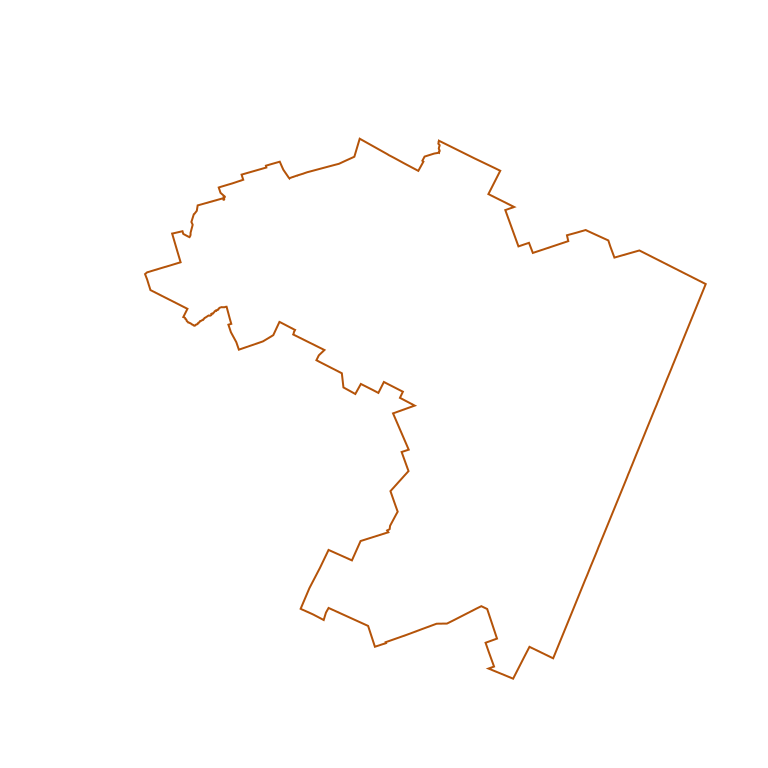 Boulia, Queensland, Australia (orthographic projection), rotated 203°
{"feature_id": "25037944B33105605540770", "entity_name": "Boulia", "entity_type": "district", "adm_level": 2, "iso_a3": "AUS", "parent_name": "Australia", "parent_adm1": "Queensland", "projection": "orthographic", "projection_center": [140.076, -22.279], "detail": "fine", "context": "isolated", "style": "outline", "palette": "amber", "viewbox_px": 768, "rotation_deg": 203, "n_neighbors": 0, "source": "geoboundaries", "source_scale": "gbopen_adm2", "svg_char_len": 5362}
<svg xmlns="http://www.w3.org/2000/svg" viewBox="0 0 768 768"><g transform="rotate(203 384 384)"><path d="M122.9,325.2L122.9,327.8L123.2,350.5L123.7,387.8L123.8,393.4L123.9,395.9L123.9,400.0L124.0,403.5L124.0,406.0L124.2,416.1L124.5,438.8L124.6,443.9L124.9,466.5L124.9,469.1L124.9,470.8L124.9,471.6L125.0,474.1L125.0,476.6L125.0,477.9L125.1,482.0L125.2,489.2L125.4,499.3L125.4,501.9L125.5,511.0L125.6,514.5L125.6,517.0L125.7,522.1L125.8,529.6L126.0,539.7L126.9,601.7L195.1,606.3L201.1,606.7L221.3,590.4L229.4,599.0L233.6,603.8L248.8,604.2L258.6,604.5L265.7,598.7L273.7,592.4L270.2,587.5L298.2,562.8L305.7,570.6L314.0,563.2L340.3,591.5L333.4,597.8L362.1,599.6L360.3,625.7L365.7,626.0L387.7,627.0L388.0,627.0L414.9,628.6L428.5,629.4L428.3,628.8L428.3,628.5L428.4,628.1L428.1,627.6L427.9,627.1L427.9,626.5L427.7,626.3L427.3,626.1L427.0,626.0L426.8,625.9L426.5,625.8L426.1,625.6L426.0,625.2L425.9,624.7L425.9,624.3L425.9,623.9L425.8,623.3L425.7,622.7L425.6,622.2L425.3,621.8L425.0,621.6L424.7,621.2L424.2,620.9L424.3,620.6L424.2,620.3L424.0,620.1L424.0,619.8L423.9,619.7L424.0,619.6L424.1,619.4L424.2,619.2L423.8,618.6L423.7,618.3L423.8,618.3L427.3,616.1L428.0,615.6L435.5,609.2L435.9,604.5L434.6,604.1L435.7,593.6L451.9,595.0L455.9,595.4L459.9,595.8L461.0,595.9L463.0,596.1L465.5,596.3L469.4,596.6L470.2,596.8L502.2,600.3L500.1,581.6L506.9,574.2L511.5,569.1L515.8,565.8L517.2,564.7L519.0,563.3L536.8,549.4L537.0,549.3L539.8,546.8L540.0,546.6L540.2,546.4L540.6,546.0L541.0,545.7L543.6,543.5L544.8,542.5L544.9,542.3L545.2,541.9L545.5,541.9L547.9,539.7L548.0,539.6L548.3,539.4L548.4,539.2L549.1,538.7L549.3,538.5L551.4,536.5L551.4,536.3L552.1,536.6L560.4,541.9L563.1,544.4L566.8,547.9L573.0,542.9L573.5,542.5L578.0,538.8L576.9,537.3L596.9,521.1L595.8,519.8L593.4,517.0L602.1,509.3L605.9,506.2L606.0,506.1L611.8,501.3L612.9,500.3L609.2,496.1L603.8,494.3L603.6,494.1L603.7,493.3L604.2,493.1L603.8,492.8L603.9,492.0L603.3,491.6L603.2,491.4L603.4,491.0L603.6,491.0L603.6,491.4L605.3,491.6L625.3,475.6L624.0,470.3L625.0,466.5L625.4,466.0L624.6,457.9L622.5,456.0L622.4,455.9L622.3,455.7L621.1,447.3L620.6,446.5L620.2,444.9L620.4,443.2L621.7,443.2L627.3,443.7L627.5,443.8L629.2,445.9L636.6,440.5L637.8,439.7L626.9,426.4L618.8,416.6L630.6,406.7L630.9,406.5L634.9,403.2L645.7,394.2L646.9,391.8L642.9,387.7L639.2,383.3L638.4,382.4L635.7,379.2L622.4,378.3L614.8,377.8L594.3,376.4L594.9,367.2L594.5,367.2L594.3,367.2L593.9,367.3L593.1,367.1L592.6,366.8L592.4,366.5L592.2,366.3L592.1,366.2L591.8,366.2L591.5,366.2L591.2,365.9L590.9,365.8L590.6,365.5L590.5,365.3L590.3,365.0L590.1,364.9L589.7,364.8L589.4,364.6L588.8,364.5L588.2,364.1L587.8,364.3L587.4,364.3L586.9,364.2L586.3,364.2L585.9,364.3L585.6,364.2L585.1,364.1L584.5,364.0L584.1,363.8L583.6,363.8L583.1,363.8L582.7,363.8L582.4,363.6L582.1,363.5L581.9,363.5L581.2,363.6L580.8,363.9L580.6,364.2L580.6,364.6L580.6,364.8L580.3,365.0L580.1,365.3L579.5,365.8L579.2,366.2L579.2,366.5L578.9,366.8L578.9,367.1L578.9,367.6L578.7,368.0L578.3,368.2L578.2,368.7L578.0,369.0L577.9,369.3L577.9,370.0L577.6,370.3L577.2,370.5L576.7,371.1L576.5,371.4L576.2,372.0L576.0,372.3L575.6,372.3L575.5,372.5L575.4,372.8L575.2,373.8L574.9,374.8L574.5,375.1L574.0,375.8L573.7,376.4L572.9,377.4L572.7,377.9L572.1,378.6L571.9,378.7L571.7,378.7L571.4,378.7L570.9,378.9L570.5,379.2L570.2,379.6L569.9,380.1L569.9,380.4L570.0,380.6L570.2,380.9L570.3,381.0L570.2,381.1L570.0,381.4L570.0,381.5L569.9,381.6L569.6,381.5L569.3,381.6L569.0,381.9L568.9,382.3L568.9,382.7L568.8,383.0L568.6,383.3L568.4,383.5L568.4,383.8L568.3,384.2L568.3,384.3L568.3,384.6L568.1,384.8L568.0,385.2L567.8,385.5L567.7,385.7L567.3,385.6L567.0,385.7L567.0,385.9L567.0,386.1L567.1,386.3L566.9,386.6L566.5,386.8L566.2,387.0L566.0,387.3L565.9,387.4L566.0,387.5L565.9,387.8L565.7,388.1L565.7,388.5L565.6,388.8L565.4,388.9L565.3,389.1L565.3,389.5L565.0,390.0L564.6,390.4L564.1,390.8L563.5,391.3L563.3,391.4L563.2,391.4L562.5,391.6L561.8,391.9L561.3,392.2L560.7,392.4L560.5,392.6L560.0,393.1L559.5,393.4L559.1,393.6L558.2,392.5L551.5,383.9L548.1,379.7L550.4,377.8L545.1,371.8L536.3,364.8L531.0,358.9L512.1,375.9L505.0,385.7L504.5,400.3L503.8,400.3L498.5,399.9L487.3,399.0L487.0,399.0L487.2,396.6L486.9,395.3L486.9,394.1L485.3,394.0L458.8,392.4L455.0,392.2L452.1,392.0L454.3,387.0L455.2,384.9L455.5,379.5L452.2,379.2L427.0,377.4L420.0,365.0L412.1,364.2L406.5,363.6L405.3,375.0L391.8,374.1L385.7,373.6L384.9,385.8L365.3,384.4L363.6,384.3L363.9,377.5L347.3,376.1L364.2,360.5L335.6,333.2L341.2,328.3L327.4,313.4L329.5,307.4L336.2,287.9L328.4,279.3L325.2,275.8L321.5,271.8L321.8,269.2L323.0,255.8L322.1,252.7L322.4,252.1L323.9,250.4L322.1,249.2L344.2,230.3L344.3,225.1L344.6,209.1L364.7,209.5L370.2,209.6L371.1,189.9L372.9,167.0L372.9,149.1L372.9,144.5L371.4,144.4L371.0,144.4L370.6,144.4L369.8,144.4L360.2,144.2L358.2,144.1L357.2,144.0L354.5,143.8L347.3,143.2L348.1,150.9L347.5,156.2L304.1,155.1L289.7,138.6L280.9,146.3L281.6,147.0L279.9,148.5L265.1,162.0L253.6,172.9L253.4,173.1L241.9,183.9L232.4,188.1L227.7,193.6L211.9,212.5L211.5,213.0L207.6,217.5L201.1,217.2L180.5,193.8L189.4,185.5L182.8,178.2L182.7,178.1L172.3,166.9L176.6,162.9L167.4,163.0L150.0,163.2L148.3,187.1L147.4,198.9L135.1,198.3L121.7,197.6L121.1,197.6L121.8,249.5L122.3,282.4L122.3,287.4L122.5,297.5L122.5,300.0L122.6,310.1L122.7,315.1L122.8,317.7L122.8,321.9L122.9,325.2Z" fill="none" stroke="#b45309" stroke-width="2"/></g></svg>